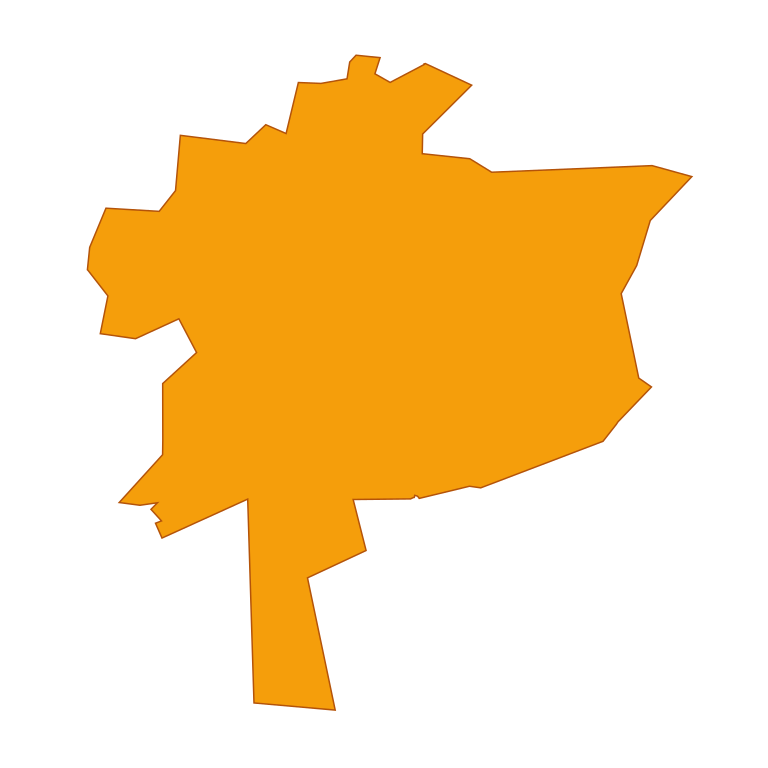 outline of Richmond, Virginia, United States of America, rotated 272°
{"feature_id": "52423323B61032845323419", "entity_name": "Richmond", "entity_type": "district", "adm_level": 2, "iso_a3": "USA", "parent_name": "United States of America", "parent_adm1": "Virginia", "projection": "natural_earth1", "projection_center": [-77.473, 37.525], "detail": "fine", "context": "isolated", "style": "filled", "palette": "amber", "viewbox_px": 768, "rotation_deg": 272, "n_neighbors": 0, "source": "geoboundaries", "source_scale": "gbopen_adm2", "svg_char_len": 968}
<svg xmlns="http://www.w3.org/2000/svg" viewBox="0 0 768 768"><g transform="rotate(272 384 384)"><path d="M60.7,265.2L56.4,346.6L187.6,314.3L217.0,371.9L267.5,357.2L270.1,414.6L271.5,417.2L271.7,418.2L273.8,418.6L273.3,420.8L272.7,421.8L270.9,423.2L284.8,473.0L283.6,484.3L334.4,604.9L351.8,617.6L354.3,619.1L390.4,651.4L398.8,638.4L482.6,617.9L511.2,632.4L556.7,644.4L602.0,684.4L611.6,644.3L599.4,484.2L612.1,461.9L615.5,414.2L635.2,413.9L685.7,461.2L705.7,414.1L705.2,412.8L704.7,413.0L685.6,379.6L693.7,364.1L710.0,368.7L711.6,344.6L704.6,338.5L687.7,336.4L682.2,310.5L682.3,287.9L630.9,277.4L639.0,256.8L619.5,237.5L625.4,171.8L570.0,168.9L548.7,153.3L550.0,100.0L510.3,85.1L487.8,83.6L487.5,84.0L462.4,105.0L424.4,98.7L420.6,134.1L442.0,176.7L408.9,195.6L376.7,162.8L320.1,164.9L305.6,165.2L256.3,123.5L254.3,144.3L257.4,161.7L250.6,155.5L239.4,166.4L236.9,160.5L222.3,167.5L264.2,251.8L60.7,265.2Z" fill="#f59e0b" stroke="#b45309" stroke-width="1.5"/></g></svg>